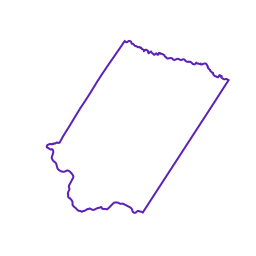 map outline of Iowa (Natural Earth projection), rotated 123°
{"feature_id": "USA-3529", "entity_name": "Iowa", "entity_type": "State", "adm_level": 1, "iso_a3": "USA", "parent_name": "United States of America", "parent_adm1": "", "projection": "natural_earth1", "projection_center": [-94.248, 41.94], "detail": "fine", "context": "isolated", "style": "outline", "palette": "violet", "viewbox_px": 256, "rotation_deg": 123, "n_neighbors": 0, "source": "natural_earth", "source_scale": "10m", "svg_char_len": 5201}
<svg xmlns="http://www.w3.org/2000/svg" viewBox="0 0 256 256"><g transform="rotate(123 128 128)"><path d="M34.2,77.5L34.4,77.5L34.6,77.4L34.8,77.2L34.9,76.2L34.9,74.3L34.8,73.9L34.7,73.8L34.2,73.2L34.0,72.9L33.5,72.4L33.3,72.1L33.2,71.8L33.2,71.5L33.2,71.2L33.3,70.7L33.2,70.5L33.2,70.2L33.0,69.8L33.1,69.7L37.3,69.7L46.9,69.7L56.5,69.6L66.1,69.6L75.7,69.6L85.3,69.6L94.9,69.6L114.0,69.6L123.6,69.6L133.2,69.6L142.8,69.6L152.4,69.6L162.0,69.6L171.6,69.6L181.2,69.6L190.8,69.6L190.8,70.1L190.8,70.6L190.9,71.0L191.0,71.4L191.4,72.2L191.6,72.6L191.7,73.0L191.8,74.0L192.1,74.4L192.4,74.7L195.0,75.6L195.7,76.5L195.8,77.9L195.2,79.0L193.7,81.0L193.4,82.3L193.6,84.9L193.8,86.2L193.8,87.6L193.9,88.0L194.0,88.4L194.1,90.2L194.3,91.0L194.6,91.6L195.4,92.6L195.7,93.1L195.9,93.8L196.0,95.4L196.2,96.1L197.2,97.9L197.6,98.4L198.2,98.9L199.5,99.4L204.6,100.4L206.0,100.8L206.7,100.9L207.4,101.2L207.8,101.7L208.4,103.2L208.7,103.7L209.4,104.7L209.7,105.3L209.6,105.7L209.3,106.5L208.9,107.3L209.3,107.9L210.2,108.3L210.6,108.8L211.1,109.3L212.0,110.1L214.6,111.6L215.6,112.5L216.1,113.7L216.2,115.6L216.5,116.5L217.5,117.0L218.1,117.9L218.5,118.1L218.9,118.2L221.5,119.6L221.8,119.9L222.5,120.8L222.8,120.9L223.3,121.0L223.5,121.3L223.5,121.7L223.5,122.3L223.6,122.8L224.4,124.5L224.3,125.0L224.2,126.5L223.7,127.9L223.5,130.2L223.1,131.8L222.7,132.6L222.2,133.0L221.7,133.2L220.5,134.1L220.1,134.5L219.7,135.1L219.3,135.8L219.0,136.7L218.9,137.5L218.5,138.2L218.5,138.4L218.6,138.5L218.7,138.8L218.7,139.6L218.6,140.0L218.5,140.4L218.1,140.9L216.8,141.6L216.5,141.8L216.3,142.4L215.7,142.7L214.5,143.2L211.5,143.7L210.9,144.0L209.8,145.3L209.2,145.8L207.9,146.2L199.4,146.9L198.2,147.6L197.5,148.8L196.9,150.2L196.5,151.9L196.2,153.5L196.3,154.3L196.4,155.2L196.8,156.0L197.4,156.3L197.8,156.5L199.3,157.6L200.2,158.8L200.7,160.3L200.9,162.0L200.8,163.8L200.3,165.1L197.4,168.4L196.9,169.1L196.6,169.7L196.5,170.3L196.4,172.0L196.2,172.8L195.6,174.3L194.9,175.4L193.9,176.1L192.7,176.5L191.5,176.6L190.6,176.9L189.2,177.4L188.0,178.2L187.5,178.8L187.4,179.1L187.2,179.5L187.1,179.8L187.2,180.2L188.0,180.9L188.3,181.5L188.3,182.2L188.2,183.3L188.2,183.9L188.3,184.9L188.4,185.5L188.1,185.9L186.4,186.4L186.0,186.1L185.2,185.7L184.8,185.5L183.7,184.4L183.4,184.1L183.5,183.8L183.5,183.6L183.4,183.3L183.2,183.0L183.0,182.9L182.4,182.6L182.1,182.4L182.0,182.2L181.9,181.8L181.7,181.8L181.4,181.8L181.2,181.7L181.0,181.4L180.8,180.9L180.8,180.7L180.0,180.3L179.4,180.1L179.1,180.0L178.9,179.7L178.8,179.4L178.7,179.0L178.7,178.6L178.5,178.3L178.0,178.0L177.9,177.8L177.6,177.4L174.5,177.6L171.3,177.9L168.2,178.0L159.2,178.1L153.6,178.3L148.0,178.5L136.8,178.8L129.9,178.7L126.4,178.7L122.9,178.7L119.5,178.7L116.1,178.8L112.7,178.9L109.3,179.0L105.8,179.1L98.9,179.1L95.5,179.1L92.2,179.0L85.5,178.9L82.2,178.8L78.8,178.7L75.5,178.6L68.7,178.4L65.8,178.3L62.9,178.2L60.0,178.2L57.1,178.1L56.9,178.1L57.0,177.5L57.1,176.6L56.8,175.8L56.2,175.4L54.6,174.8L54.3,174.2L54.2,173.8L54.1,173.6L53.9,173.3L53.9,172.8L54.0,172.4L54.1,172.2L54.6,171.7L55.2,170.8L55.1,170.5L54.8,170.0L54.7,169.6L54.9,168.7L55.1,168.0L55.3,167.3L55.2,166.3L54.8,165.4L54.8,164.9L54.9,164.1L54.9,163.8L54.7,163.4L54.2,162.9L53.9,162.7L53.8,162.2L53.8,161.9L54.0,161.7L54.0,161.2L53.8,161.0L53.8,160.9L53.7,160.8L53.6,160.7L53.6,160.4L53.8,160.2L54.2,159.1L54.0,158.6L54.0,157.4L53.8,156.8L54.5,156.5L54.1,156.2L52.8,155.8L52.4,155.3L52.4,154.7L52.6,153.1L52.9,152.9L53.6,152.3L54.0,151.5L53.7,151.2L53.2,151.1L51.9,150.7L51.4,150.4L52.1,148.0L52.1,147.6L52.4,146.1L52.2,145.7L51.8,145.6L50.6,145.3L50.2,145.1L50.0,144.7L50.1,144.3L50.2,143.8L50.4,143.4L50.5,143.2L50.3,142.8L50.0,142.6L49.6,142.5L49.3,142.6L48.8,142.9L48.4,143.0L47.8,142.5L47.7,141.7L47.9,141.0L47.9,140.7L47.5,140.4L47.3,139.7L47.2,138.9L47.2,137.3L47.3,137.0L47.5,136.7L47.8,136.3L47.9,136.1L47.9,135.9L47.8,135.4L48.0,134.7L48.2,134.0L48.3,133.3L48.1,132.4L46.3,130.7L46.2,130.5L45.7,129.5L45.6,129.1L45.6,128.7L45.9,128.0L46.0,127.6L45.7,126.1L44.6,125.3L43.4,124.6L42.6,123.5L42.5,122.7L42.5,121.9L42.4,121.2L42.1,120.5L41.6,120.1L40.6,119.5L40.2,118.9L39.9,118.0L40.0,117.3L40.3,116.7L40.4,115.9L40.4,115.1L40.2,114.4L39.9,113.9L39.5,113.6L39.5,113.0L38.5,111.9L38.6,110.3L39.0,108.6L38.6,107.1L38.1,106.7L37.4,106.5L36.1,106.3L36.2,105.0L35.9,104.5L35.8,104.4L35.6,104.2L35.6,103.7L35.6,103.4L35.5,103.2L35.3,102.9L35.2,102.7L34.5,102.2L34.4,102.1L34.5,101.9L34.9,101.6L35.0,101.4L34.9,101.2L34.6,100.8L34.4,100.6L32.8,99.5L32.6,99.3L32.3,99.0L31.8,98.3L31.7,97.9L31.6,97.6L31.7,97.1L31.8,96.7L32.1,96.2L32.5,95.6L32.6,95.4L32.7,95.2L32.8,95.0L32.8,94.8L32.9,94.7L33.0,94.5L33.2,94.4L33.3,94.4L33.7,94.2L33.8,94.1L34.0,93.8L34.0,93.3L34.0,93.0L34.1,92.9L34.2,92.7L34.4,92.6L34.5,92.2L34.6,91.2L34.6,90.9L35.2,90.3L35.3,90.0L35.4,89.6L35.4,88.9L35.4,88.7L35.5,88.4L35.7,87.9L35.8,87.6L35.7,87.3L35.6,87.2L35.5,86.8L35.6,86.6L36.6,85.7L36.8,85.3L37.1,83.8L37.1,83.5L37.1,83.2L37.0,82.9L36.9,82.6L36.7,80.9L36.6,80.5L36.5,80.4L36.4,80.2L36.2,80.1L35.7,80.2L34.9,80.0L34.4,80.1L34.2,80.0L33.9,80.0L33.8,79.8L33.7,79.6L33.7,79.4L33.8,79.2L34.1,78.9L34.2,78.7L33.8,78.3L33.5,77.9L33.5,77.7L33.8,77.5L34.2,77.5Z" fill="none" stroke="#5b21b6" stroke-width="2"/></g></svg>